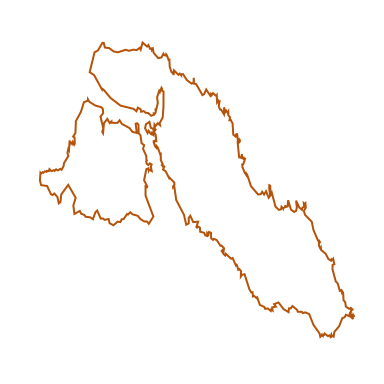 outline of Andøy nor, Nordland, Norway, rotated 85°
{"feature_id": "86288312B3163335119560", "entity_name": "Andøy nor", "entity_type": "district", "adm_level": 2, "iso_a3": "NOR", "parent_name": "Norway", "parent_adm1": "Nordland", "projection": "natural_earth1", "projection_center": [15.765, 69.044], "detail": "fine", "context": "isolated", "style": "outline", "palette": "amber", "viewbox_px": 384, "rotation_deg": 85, "n_neighbors": 0, "source": "geoboundaries", "source_scale": "gbopen_adm2", "svg_char_len": 5997}
<svg xmlns="http://www.w3.org/2000/svg" viewBox="0 0 384 384"><g transform="rotate(85 192 192)"><path d="M330.6,41.5L329.2,41.6L328.3,42.7L329.0,44.2L327.8,44.7L322.4,43.5L323.7,41.6L321.3,43.9L322.1,45.6L319.6,48.7L315.0,49.0L312.9,50.5L305.5,50.2L304.0,51.0L305.1,51.5L302.7,52.1L303.3,53.4L295.8,54.8L293.5,56.6L281.0,58.8L276.8,58.2L276.3,56.5L270.9,57.2L271.9,58.0L271.2,58.8L272.5,59.4L270.8,61.9L265.2,64.2L261.0,68.4L258.5,68.5L259.4,69.1L256.5,70.2L251.6,69.8L254.1,68.8L253.4,68.8L251.4,69.6L251.4,70.7L240.4,74.3L232.0,75.3L224.6,81.4L220.7,82.2L217.5,80.0L213.2,80.0L213.8,80.6L212.8,81.6L216.4,81.5L217.2,83.3L219.3,84.0L216.9,86.4L209.7,89.1L216.6,88.9L219.8,89.9L220.8,91.9L218.2,94.9L208.6,97.0L214.7,98.0L215.1,99.7L213.4,100.4L214.9,100.5L216.0,102.2L215.0,102.4L216.6,102.7L214.5,104.1L217.0,104.8L217.4,107.0L213.9,110.1L200.0,112.5L202.6,113.8L192.5,113.6L192.0,114.4L195.2,114.8L202.5,114.4L204.4,116.1L197.7,118.2L200.8,120.4L197.9,122.1L200.2,123.7L200.2,126.4L191.4,132.7L179.8,135.5L180.3,136.1L176.6,136.9L178.8,137.0L177.2,137.9L171.4,139.6L169.0,139.6L168.9,138.6L163.6,136.2L162.6,137.1L163.7,137.5L162.9,138.5L161.8,138.5L163.1,139.1L158.5,139.0L162.3,140.0L161.2,141.9L162.6,142.0L145.9,142.2L145.1,140.9L146.7,140.8L145.9,139.9L143.3,139.9L145.3,140.0L143.7,140.5L145.0,141.8L137.4,142.0L140.0,142.5L137.8,142.8L140.5,143.8L138.5,145.9L127.4,145.6L123.6,147.1L123.7,148.4L120.8,147.6L118.7,149.1L115.2,148.9L116.3,149.6L113.9,150.9L115.3,152.0L110.4,152.6L117.3,153.4L112.5,155.8L112.3,156.9L108.9,157.9L104.4,156.7L104.7,157.6L103.5,157.7L105.1,159.2L97.7,158.9L98.5,159.5L95.3,162.5L97.3,164.0L96.0,164.6L97.7,165.4L91.1,168.9L95.6,171.4L96.4,173.1L84.8,178.5L84.1,180.8L81.2,180.4L78.4,180.3L83.2,180.9L84.0,183.0L80.1,187.3L73.8,190.6L73.8,192.7L74.7,192.7L73.0,193.9L74.1,195.3L69.3,199.3L73.9,200.1L71.5,200.4L72.1,200.8L70.6,202.0L65.2,203.3L58.2,203.0L58.4,203.8L53.6,205.1L52.6,205.7L53.8,206.2L53.2,207.7L51.7,208.4L55.3,210.7L55.7,214.0L50.0,218.1L45.9,218.5L47.1,219.6L45.4,219.7L45.7,221.3L41.8,222.6L43.2,224.1L38.8,228.2L45.7,230.7L43.8,231.5L45.8,234.7L45.1,237.9L45.8,242.7L44.5,245.6L46.4,253.7L45.1,257.9L41.5,261.8L40.5,266.2L35.8,266.9L35.6,268.2L43.0,273.6L44.3,276.9L63.7,283.5L67.1,279.3L82.1,272.7L81.3,272.4L82.4,271.1L91.3,264.9L99.7,255.7L104.0,243.1L106.7,240.3L103.3,238.6L105.1,236.0L107.6,235.7L107.2,233.1L109.1,231.2L109.4,228.9L112.5,226.0L111.7,223.1L110.3,223.2L110.6,222.0L109.1,221.1L105.6,221.2L107.4,220.7L100.4,218.3L94.6,218.5L88.4,215.9L89.7,215.3L85.5,213.3L86.2,212.9L88.4,213.1L89.4,211.6L104.6,213.0L115.2,214.7L120.6,218.2L122.7,218.0L120.5,220.1L123.2,222.6L121.5,223.5L125.0,224.1L126.6,222.8L127.5,223.5L126.4,224.3L127.2,224.7L125.6,225.2L124.5,227.4L118.4,228.3L120.5,232.0L124.4,233.2L129.4,231.1L127.2,229.9L130.5,228.0L131.1,227.1L129.9,226.8L131.7,225.5L128.0,225.1L131.7,223.2L138.1,223.1L137.6,224.2L139.0,225.0L137.2,225.7L139.3,225.8L143.5,224.7L144.8,223.7L143.1,223.3L144.7,222.2L152.1,220.3L150.0,219.7L157.5,220.3L161.7,218.7L162.5,219.7L164.5,218.5L163.5,217.0L167.1,218.9L169.1,216.4L177.4,213.1L175.9,213.0L181.1,208.8L183.3,208.9L184.8,210.4L185.6,210.4L184.3,209.2L198.6,208.4L214.0,202.0L224.1,200.6L223.0,198.0L217.5,197.5L215.5,195.8L222.1,193.4L222.1,188.5L227.2,190.7L227.8,190.2L226.6,189.5L228.2,187.2L232.3,187.3L233.7,183.5L236.3,182.6L237.1,180.8L234.3,180.4L235.9,179.4L233.3,178.5L234.4,176.6L239.8,177.0L241.5,175.3L240.6,174.3L242.1,171.5L248.0,168.4L247.8,167.4L250.8,165.0L253.1,165.5L252.1,166.1L253.3,167.6L256.7,165.8L258.1,164.5L256.5,163.8L261.9,158.8L261.3,157.3L268.7,154.8L268.1,154.3L268.8,153.6L273.5,152.7L272.9,151.6L274.9,150.1L280.4,150.7L278.8,149.4L278.5,146.8L294.0,143.3L297.3,141.7L297.1,140.4L301.4,140.4L301.1,139.0L303.2,137.0L302.6,136.3L310.4,134.2L312.9,129.9L314.8,129.3L314.6,126.7L317.4,123.9L315.8,123.2L316.9,122.1L313.9,122.2L313.5,118.4L310.9,120.0L309.6,115.5L316.7,110.9L320.1,106.3L316.4,105.6L316.6,103.9L314.4,101.9L318.5,97.6L320.5,97.1L321.0,92.9L322.3,92.2L321.8,89.7L323.8,85.9L334.9,82.6L343.9,77.3L347.4,76.8L346.1,75.4L346.8,74.4L345.3,74.5L345.9,73.0L344.6,72.2L347.4,69.2L346.8,67.7L348.3,66.8L346.3,65.7L348.2,65.4L347.6,64.5L348.4,63.5L343.8,62.4L338.5,57.1L330.8,53.3L330.0,50.8L327.7,49.3L329.4,46.3L327.4,45.6L331.0,44.2L332.5,42.4L329.3,44.0L330.0,42.2L329.1,42.0L330.6,41.5ZM213.1,232.6L191.6,238.6L182.4,237.8L183.3,236.4L182.6,236.1L176.1,238.7L165.3,235.5L164.6,233.4L166.6,233.4L165.7,233.1L166.8,233.1L166.0,232.6L167.6,230.3L163.3,230.8L161.0,229.8L159.8,231.5L161.3,233.1L160.0,234.5L157.7,235.0L155.8,233.7L156.9,234.6L151.9,234.5L144.8,237.0L141.1,235.6L139.0,238.0L131.0,238.4L128.9,240.0L120.2,239.5L118.7,240.8L119.1,242.2L128.0,241.9L126.3,241.2L127.9,241.2L128.4,241.6L126.9,246.2L122.9,248.6L118.1,255.9L114.3,257.9L116.7,260.3L116.0,266.2L114.7,266.1L116.1,268.0L111.8,270.0L115.8,273.7L125.7,275.5L124.2,276.2L120.9,274.8L108.9,276.6L105.7,273.6L101.6,273.6L99.8,274.7L97.4,280.8L93.2,286.4L90.5,287.6L92.0,287.9L93.1,291.8L102.5,295.7L111.3,301.5L123.1,303.0L126.4,305.6L127.5,304.7L126.6,304.2L133.7,304.6L134.7,305.3L131.8,306.5L133.7,307.3L131.4,308.9L133.1,309.4L132.4,309.8L139.8,310.9L138.4,311.5L142.2,312.7L145.4,312.0L151.9,316.9L155.3,317.8L158.5,320.0L157.5,321.3L158.8,323.7L157.6,325.4L159.0,327.0L158.2,327.6L159.0,330.2L156.8,332.0L158.7,332.8L158.3,334.6L159.3,335.1L158.5,336.7L159.9,338.3L159.3,339.2L160.5,340.9L159.8,341.3L167.2,342.5L172.0,341.7L173.4,335.8L181.9,332.7L182.9,331.3L181.5,329.3L185.3,326.5L191.7,325.7L190.5,323.9L183.1,322.5L174.1,314.7L187.6,308.4L195.1,311.4L203.6,311.0L201.1,305.4L204.0,304.3L205.5,301.2L207.4,300.1L208.3,295.7L210.5,293.1L203.8,290.0L202.2,288.1L210.6,285.2L210.6,283.0L212.1,281.5L211.7,277.4L215.9,276.8L218.3,273.2L215.1,268.8L215.7,265.9L213.1,264.5L213.0,262.5L208.3,258.6L208.9,257.7L206.8,255.3L209.1,253.1L211.0,248.1L214.6,245.7L217.3,241.8L217.5,239.4L219.9,237.8L213.1,232.6Z" fill="none" stroke="#b45309" stroke-width="2"/></g></svg>